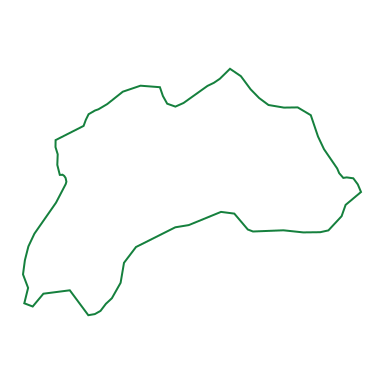 map outline of Burdur (Robinson projection)
{"feature_id": "TUR-2273", "entity_name": "Burdur", "entity_type": "Province", "adm_level": 1, "iso_a3": "TUR", "parent_name": "Turkey", "parent_adm1": "", "projection": "robinson", "projection_center": [30.062, 37.38], "detail": "fine", "context": "isolated", "style": "outline", "palette": "green", "viewbox_px": 384, "rotation_deg": 0, "n_neighbors": 0, "source": "natural_earth", "source_scale": "10m", "svg_char_len": 987}
<svg xmlns="http://www.w3.org/2000/svg" viewBox="0 0 384 384"><path d="M61.6,174.9L59.8,174.9L57.3,164.9L57.7,154.3L55.5,147.1L55.6,140.1L83.6,125.9L85.8,119.9L88.6,114.2L95.0,110.5L98.4,109.3L107.2,104.1L122.8,91.7L140.5,85.7L159.9,87.2L162.9,96.0L167.2,103.7L175.4,106.6L183.5,103.0L207.5,85.9L213.9,82.8L219.8,78.8L230.0,68.8L240.9,76.2L250.6,89.3L259.2,98.1L268.5,105.0L283.9,107.6L297.7,107.4L310.8,115.2L318.0,136.5L324.0,149.2L337.2,168.5L339.2,173.2L343.3,177.9L346.7,177.4L353.3,178.3L357.8,184.4L361.0,192.0L345.6,204.9L341.6,216.2L328.4,230.4L320.2,232.2L303.2,232.4L283.4,230.3L253.0,231.5L247.8,229.5L234.3,213.6L221.0,211.9L188.7,225.1L175.3,227.3L136.0,247.0L124.0,262.8L120.6,282.8L111.9,298.2L105.9,303.8L100.5,310.9L94.8,314.1L88.3,315.2L69.8,290.3L43.4,293.7L32.7,306.5L24.3,303.3L28.1,287.9L23.0,274.4L24.9,260.2L28.4,246.4L34.4,233.7L56.0,202.7L65.7,184.1L66.4,181.7L65.6,178.0L64.2,175.9L62.5,174.7L61.6,174.9Z" fill="none" stroke="#15803d" stroke-width="2"/></svg>